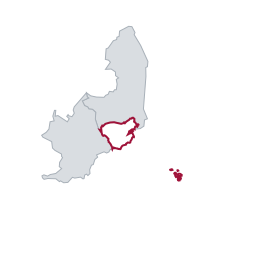 map of Ecuador with Peru and Colombia greyed out, rotated 212°
{"feature_id": "ECU", "entity_name": "Ecuador", "entity_type": "country or territory", "adm_level": 0, "iso_a3": "ECU", "parent_name": "South America", "parent_adm1": "", "projection": "albers", "projection_center": [-81.617, -1.768], "detail": "medium", "context": "with_neighbors", "style": "outline", "palette": "rose", "viewbox_px": 256, "rotation_deg": 212, "n_neighbors": 2, "source": "natural_earth", "source_scale": "50m", "svg_char_len": 3739}
<svg xmlns="http://www.w3.org/2000/svg" viewBox="0 0 256 256"><g transform="rotate(212 128 128)"><path d="M181.9,135.9L176.7,135.5L171.2,137.5L164.6,141.3L164.2,144.0L162.7,146.0L163.2,149.2L159.7,150.8L159.7,153.2L158.2,154.3L160.5,159.5L163.7,163.0L162.5,165.5L166.3,165.8L168.4,168.9L173.5,169.1L178.2,165.8L177.8,174.5L180.4,175.2L183.6,174.2L188.5,183.5L187.2,185.4L186.7,194.2L184.5,197.0L185.5,199.1L184.1,201.0L186.5,205.7L181.3,214.6L178.4,216.0L172.7,212.7L172.2,210.4L161.0,204.7L146.4,195.0L144.0,190.3L145.0,188.7L140.1,181.2L125.0,152.3L116.4,146.1L118.3,143.6L115.5,138.0L117.3,134.0L121.9,130.4L122.6,132.8L120.9,134.1L121.1,136.3L125.8,136.4L128.2,139.3L131.5,137.0L132.6,133.1L136.1,128.1L143.1,125.8L149.4,119.8L151.2,116.0L150.5,111.6L152.0,111.1L160.3,118.1L163.7,124.2L168.0,125.0L171.2,123.4L173.3,124.5L176.7,124.0L181.1,126.8L177.3,132.6L179.1,132.8L181.9,135.9Z" fill="#d9dde1" stroke="#a8b0b8" stroke-width="1"/><path d="M199.7,104.0L198.6,104.7L196.0,99.4L194.0,101.4L182.7,101.1L182.8,104.7L186.1,105.4L185.9,107.6L184.8,107.0L181.5,107.9L181.4,112.1L184.0,114.2L184.8,117.5L181.9,135.9L179.1,132.8L177.3,132.6L181.1,126.8L176.7,124.0L173.3,124.5L171.2,123.4L168.0,125.0L163.7,124.2L160.3,118.1L152.0,111.1L150.5,111.6L145.1,108.3L143.5,109.2L138.6,108.4L137.2,105.9L130.3,102.7L129.5,100.9L131.7,100.5L131.5,97.6L132.8,95.5L135.7,95.1L140.4,88.5L138.3,87.2L139.4,83.8L138.1,78.6L139.3,77.1L138.4,72.3L136.1,69.2L136.8,66.4L138.7,66.9L139.8,65.2L138.5,61.8L139.2,61.0L142.2,61.2L146.6,57.3L149.0,56.7L150.2,50.0L153.5,47.5L157.2,47.4L157.7,46.2L162.3,46.7L169.2,42.7L172.0,40.0L174.1,40.4L175.6,41.8L174.5,43.7L170.7,44.6L169.2,47.4L165.2,51.1L162.8,58.4L165.8,58.8L167.8,62.7L167.8,68.2L169.2,68.7L170.6,70.7L178.0,70.3L181.4,71.0L185.5,76.0L195.3,75.1L197.4,76.1L195.0,81.1L194.5,85.2L197.4,92.0L194.4,94.9L198.0,98.2L199.7,104.0Z" fill="#d9dde1" stroke="#a8b0b8" stroke-width="1"/><path d="M151.0,111.4L149.9,111.7L149.0,111.5L151.1,114.2L151.1,116.3L150.2,116.1L149.3,119.6L146.2,123.1L142.8,125.5L136.0,127.9L134.1,130.1L134.3,130.7L133.9,130.9L133.5,130.3L133.2,130.3L132.8,132.5L131.3,135.7L131.2,137.1L129.9,137.9L129.9,138.8L129.2,139.4L127.5,139.2L126.5,137.7L126.4,136.9L125.7,136.4L124.8,136.6L122.8,135.5L121.4,136.5L120.9,136.3L121.6,135.0L120.8,134.7L120.8,133.9L121.9,133.8L122.6,133.1L122.1,130.5L121.8,130.3L122.7,129.9L123.9,128.9L125.2,125.6L124.7,124.3L124.6,122.6L124.3,123.1L124.3,124.7L124.1,125.4L123.5,125.4L123.6,124.3L122.0,126.3L118.3,123.8L118.1,123.3L119.2,122.7L119.3,121.8L118.8,120.1L119.0,118.7L118.4,116.9L118.8,116.3L120.5,115.6L121.0,114.0L122.0,114.3L121.4,114.0L120.9,112.8L122.9,110.7L123.4,109.8L123.5,108.3L123.2,106.1L123.5,105.8L124.2,105.7L125.2,105.0L125.9,105.1L126.8,104.6L130.1,103.7L130.5,103.2L130.3,102.3L131.3,103.3L134.2,105.1L136.3,105.9L137.0,105.9L137.3,106.5L138.3,107.0L138.8,108.4L142.0,109.3L144.0,109.4L144.4,109.2L144.6,108.4L145.3,108.2L146.4,108.7L148.1,110.2L149.0,110.4L151.0,111.4ZM57.9,110.2L58.8,111.1L59.0,112.2L60.2,113.3L60.3,114.3L61.2,115.2L60.6,116.3L59.3,116.8L57.6,116.7L57.2,115.9L58.1,115.0L59.2,114.5L59.3,114.1L57.9,112.6L57.5,111.0L56.8,111.2L56.5,110.9L57.1,110.3L57.9,110.2ZM63.9,115.3L62.7,114.8L62.7,114.2L63.1,113.8L64.2,113.7L64.7,114.0L64.7,114.7L63.9,115.3ZM123.1,127.1L122.8,128.1L122.1,128.0L122.4,126.6L123.2,126.1L124.2,126.4L123.1,127.1ZM57.5,113.6L56.5,113.5L56.3,112.6L57.3,112.4L57.7,112.8L57.5,113.6ZM69.2,116.1L68.5,116.3L68.1,116.0L69.1,115.0L69.9,114.8L70.1,115.0L69.2,116.1ZM62.5,112.8L61.1,112.8L60.8,112.4L61.3,111.8L62.6,112.5L62.5,112.8ZM63.4,118.6L62.8,118.4L63.1,117.9L63.6,118.3L63.4,118.6ZM130.0,103.4L129.5,103.2L130.1,102.8L130.0,103.4Z" fill="none" stroke="#9f1239" stroke-width="2"/></g></svg>